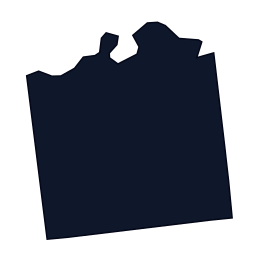 Ray, Missouri, United States of America (Natural Earth projection), rotated 173°
{"feature_id": "52423323B37195564422054", "entity_name": "Ray", "entity_type": "district", "adm_level": 2, "iso_a3": "USA", "parent_name": "United States of America", "parent_adm1": "Missouri", "projection": "natural_earth1", "projection_center": [-94.019, 39.331], "detail": "fine", "context": "isolated", "style": "filled", "palette": "ink", "viewbox_px": 256, "rotation_deg": 173, "n_neighbors": 0, "source": "geoboundaries", "source_scale": "gbopen_adm2", "svg_char_len": 557}
<svg xmlns="http://www.w3.org/2000/svg" viewBox="0 0 256 256"><g transform="rotate(173 128 128)"><path d="M34.6,63.7L34.4,88.3L34.3,94.3L33.8,192.1L51.2,189.4L44.3,204.5L47.3,206.8L66.5,210.7L78.5,225.1L85.8,229.3L96.0,229.9L111.9,219.4L107.1,207.2L110.0,200.2L130.2,192.8L137.8,199.9L137.5,204.6L128.9,212.1L126.6,220.3L138.1,225.1L143.4,220.4L146.9,206.4L151.9,203.9L163.7,203.8L173.8,193.7L188.3,187.8L197.3,188.7L209.8,195.3L222.2,192.2L221.8,27.5L201.3,26.9L58.4,26.6L35.6,26.1L34.6,63.7Z" fill="#0f172a" stroke="#020617" stroke-width="1.5"/></g></svg>